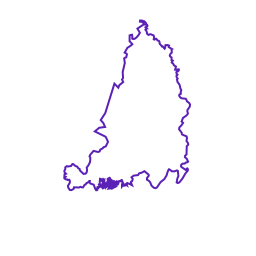 the district of Santa María Chilchotla, Oaxaca, Mexico, rotated 140°
{"feature_id": "50627088B76224876004944", "entity_name": "Santa María Chilchotla", "entity_type": "district", "adm_level": 2, "iso_a3": "MEX", "parent_name": "Mexico", "parent_adm1": "Oaxaca", "projection": "orthographic", "projection_center": [-96.72, 18.289], "detail": "fine", "context": "isolated", "style": "outline", "palette": "violet", "viewbox_px": 256, "rotation_deg": 140, "n_neighbors": 0, "source": "geoboundaries", "source_scale": "gbopen_adm2", "svg_char_len": 5806}
<svg xmlns="http://www.w3.org/2000/svg" viewBox="0 0 256 256"><g transform="rotate(140 128 128)"><path d="M109.9,170.7L135.9,154.0L143.8,151.6L143.7,147.8L144.9,143.5L149.9,146.7L155.6,146.7L150.9,136.0L150.8,135.3L152.1,130.5L152.5,130.1L156.9,128.2L159.1,129.0L160.6,128.7L163.1,129.3L164.7,128.3L166.3,128.8L169.1,132.6L174.1,131.8L175.8,130.9L175.8,129.8L176.7,128.6L179.1,126.2L182.8,124.7L185.0,124.3L186.3,122.2L187.9,120.8L189.0,120.3L190.3,120.5L191.6,121.5L192.1,126.3L191.4,127.7L192.0,129.1L191.7,131.0L192.7,132.6L193.1,135.5L193.8,136.1L196.0,135.5L198.8,137.1L199.5,138.2L201.3,138.2L202.4,136.9L204.3,136.1L205.1,134.7L204.9,132.8L206.4,133.3L207.8,131.9L207.1,130.7L207.7,130.6L208.2,131.0L209.0,130.7L209.0,129.7L208.6,128.5L207.7,127.8L207.7,127.0L206.3,126.1L206.7,124.6L207.7,123.5L211.2,122.3L212.1,120.6L212.4,117.9L211.3,116.8L208.8,116.3L207.5,117.3L203.8,113.9L202.2,113.5L201.6,112.3L200.6,111.4L197.7,112.4L196.8,112.0L195.0,112.5L194.1,112.0L191.7,112.3L191.3,112.0L192.4,110.9L192.6,109.8L190.7,106.6L192.2,102.4L192.4,100.7L191.7,100.4L191.6,101.0L190.9,101.7L190.3,101.7L190.2,101.1L189.8,100.9L189.2,102.3L187.4,101.5L187.6,101.0L186.9,100.8L186.7,101.2L185.7,100.9L185.7,102.8L186.7,103.0L186.7,103.4L185.5,103.6L182.1,107.1L181.5,106.2L182.5,105.4L182.3,104.6L181.6,104.5L181.7,103.4L180.4,103.7L180.2,104.5L180.5,104.9L179.9,105.0L179.9,104.3L179.4,103.9L180.2,103.7L180.2,102.9L179.1,102.8L180.7,102.8L180.8,102.0L181.3,102.6L181.5,102.4L181.7,102.9L182.0,102.2L182.4,102.4L182.6,102.0L181.8,101.7L182.1,101.1L181.2,100.9L181.3,100.1L181.8,100.1L181.7,100.7L182.3,100.5L182.4,101.0L183.2,101.3L182.9,100.5L183.6,100.8L184.2,100.2L182.9,99.6L182.4,98.9L182.3,99.7L182.0,99.6L182.3,98.8L183.6,99.2L183.3,98.7L183.7,98.5L183.5,98.2L183.2,98.6L182.5,98.3L182.8,97.7L182.2,98.1L181.7,97.8L182.5,97.2L183.8,97.5L183.8,98.2L184.4,98.1L184.1,98.6L184.5,98.8L184.1,99.3L184.6,99.5L184.8,100.4L185.1,100.1L184.7,98.9L185.3,98.8L184.8,98.2L185.8,98.3L185.7,99.0L186.0,99.1L186.1,98.0L184.6,97.7L183.7,96.8L183.0,96.7L181.4,96.9L180.5,96.2L180.5,97.1L179.9,96.8L179.8,97.2L179.4,96.7L179.9,96.5L179.9,96.1L180.4,96.2L180.0,95.6L181.1,94.8L180.6,94.8L179.5,95.4L179.5,95.8L179.2,95.7L178.9,96.9L179.1,97.7L180.5,97.8L180.2,98.4L180.5,98.7L179.9,98.9L179.9,99.6L178.4,99.0L178.4,100.0L177.2,100.0L177.3,100.4L176.2,100.8L176.5,101.3L176.2,101.4L176.3,102.0L175.4,102.2L175.8,101.9L175.4,101.2L176.9,100.0L175.3,100.5L174.7,100.0L174.8,100.8L174.4,101.1L174.7,101.8L174.1,101.7L174.0,101.0L174.7,99.2L174.0,98.7L174.1,98.2L175.0,97.8L174.7,98.8L175.6,99.6L175.3,98.9L175.6,98.1L176.3,97.7L176.3,98.6L175.9,99.1L176.8,98.8L177.0,99.7L177.2,98.4L178.2,98.7L177.7,97.6L178.4,97.0L177.6,97.1L178.3,96.2L177.7,96.1L178.0,95.8L178.9,96.0L179.2,95.4L178.0,95.2L176.1,95.9L176.1,96.6L175.8,96.7L176.0,95.7L174.7,95.5L175.2,94.4L175.7,94.5L175.8,94.9L176.3,93.4L177.1,94.1L176.9,94.7L177.9,94.0L178.3,94.4L179.1,93.6L178.7,93.1L179.0,92.8L179.1,94.1L179.8,93.4L180.8,93.4L179.8,92.8L179.6,92.1L177.6,91.6L178.4,92.5L177.8,93.0L177.5,92.5L177.1,93.0L176.9,91.9L173.3,90.7L175.4,92.3L173.9,92.3L172.0,91.3L171.5,91.5L171.7,91.9L172.7,92.0L173.5,93.0L174.0,93.1L172.1,93.8L172.0,93.0L171.6,94.2L172.8,93.8L173.9,94.1L173.3,94.5L173.8,95.1L173.3,95.6L173.9,96.2L173.6,96.6L172.9,96.5L172.4,94.7L169.6,93.3L171.0,92.7L170.9,92.5L169.2,92.6L167.6,91.9L166.5,92.4L166.2,92.1L167.0,89.7L167.1,90.2L168.4,88.4L168.9,88.6L170.2,87.1L168.8,87.4L168.1,87.1L167.9,86.7L168.1,86.3L167.4,85.9L167.1,87.0L166.1,86.5L165.7,85.0L165.3,86.2L164.6,86.5L164.1,86.3L164.7,85.6L163.7,85.4L162.9,84.6L161.7,81.6L160.8,84.4L160.1,84.9L159.2,84.6L157.2,85.8L157.0,88.0L154.3,87.9L150.6,85.5L148.5,86.1L146.4,85.0L143.2,84.4L142.2,79.0L142.7,78.1L145.6,77.5L146.7,76.1L145.9,73.9L145.9,72.2L147.0,68.8L146.9,67.7L146.7,65.9L145.7,64.3L144.2,63.8L137.9,65.6L133.1,65.5L129.1,66.8L125.4,69.2L123.3,70.1L122.9,69.8L122.2,66.6L120.4,65.0L117.7,64.0L117.4,63.1L120.2,58.9L122.8,57.5L125.7,55.0L125.3,53.9L124.5,53.5L123.1,53.4L118.7,54.3L113.2,56.3L109.7,56.9L108.9,57.5L108.5,58.5L108.6,59.0L109.2,59.1L110.7,58.7L112.1,63.7L112.0,64.7L110.6,65.7L109.2,65.6L107.4,64.3L105.7,64.3L104.5,63.6L103.6,63.6L102.8,66.5L103.1,69.2L102.0,70.1L100.2,70.1L94.7,76.3L92.6,76.5L92.2,77.0L91.8,77.8L91.5,80.5L89.3,82.4L88.5,83.9L90.7,88.1L90.7,88.7L89.9,89.9L89.7,94.2L88.3,95.4L85.4,95.7L82.5,96.5L82.8,98.5L79.3,100.4L75.7,100.0L73.3,100.3L72.6,100.8L72.0,102.4L71.0,103.5L66.9,104.7L65.3,106.2L65.1,108.2L65.7,110.5L65.1,112.1L65.0,113.4L67.7,116.1L68.3,117.6L68.1,119.8L67.0,120.6L65.6,120.2L64.5,121.7L62.8,122.8L62.5,124.5L60.7,128.0L60.5,131.3L59.4,133.6L58.2,133.9L58.1,135.5L57.4,136.8L55.8,137.0L55.9,138.3L55.3,139.5L54.6,139.9L53.4,139.3L52.3,139.4L51.4,140.1L51.8,140.7L53.2,141.4L54.4,142.4L51.8,144.2L52.5,146.5L52.1,148.0L52.4,150.1L50.4,150.8L51.1,151.9L49.3,154.0L49.7,155.8L49.5,156.6L48.1,157.4L45.9,157.7L43.9,160.5L43.6,160.4L44.8,163.8L44.5,164.4L43.6,164.8L44.3,166.0L46.0,167.4L48.4,165.3L49.0,165.2L49.0,166.8L48.7,166.8L49.5,168.4L49.1,168.6L49.5,169.4L49.6,172.2L48.6,173.5L48.3,174.7L49.1,176.2L49.0,178.1L50.1,178.5L50.3,179.2L51.1,179.0L51.2,179.6L49.9,180.2L48.9,182.5L50.5,185.5L52.5,186.1L52.8,188.1L52.2,188.7L51.3,191.3L51.5,192.1L50.5,192.4L49.6,192.0L49.8,193.9L47.8,193.5L47.3,193.9L47.1,194.9L48.1,195.9L46.8,196.7L46.9,199.3L47.7,200.1L48.0,201.1L49.7,202.6L50.5,201.8L49.4,200.7L48.9,199.5L48.7,198.5L49.1,197.2L56.9,198.1L57.7,193.3L60.3,192.4L63.4,191.9L65.7,192.1L67.0,193.0L67.3,193.5L67.1,194.1L66.0,195.1L65.0,196.9L67.2,197.9L71.0,193.5L70.8,189.4L72.5,189.3L77.0,189.8L82.1,187.9L81.3,185.9L81.5,185.1L83.9,183.3L85.2,183.8L86.2,183.8L88.6,179.9L96.1,174.3L99.6,169.5L101.4,169.0L102.1,166.3L107.1,166.4L109.5,165.1L109.9,170.7Z" fill="none" stroke="#5b21b6" stroke-width="2"/></g></svg>